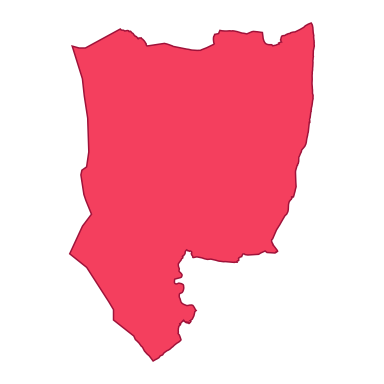 outline of Lardal nor, Vestfold, Norway
{"feature_id": "86288312B65045037066100", "entity_name": "Lardal nor", "entity_type": "district", "adm_level": 2, "iso_a3": "NOR", "parent_name": "Norway", "parent_adm1": "Vestfold", "projection": "mercator", "projection_center": [9.915, 59.364], "detail": "fine", "context": "isolated", "style": "filled", "palette": "rose", "viewbox_px": 384, "rotation_deg": 0, "n_neighbors": 0, "source": "geoboundaries", "source_scale": "gbopen_adm2", "svg_char_len": 5822}
<svg xmlns="http://www.w3.org/2000/svg" viewBox="0 0 384 384"><path d="M275.0,253.0L275.9,252.5L275.7,252.3L275.8,252.1L277.5,251.5L277.6,251.4L277.4,250.6L276.9,249.9L273.4,245.3L272.9,244.9L273.1,244.5L272.2,242.8L272.0,242.6L271.7,241.5L271.6,240.9L271.7,239.7L272.6,238.9L276.5,229.9L278.5,226.7L279.6,225.0L281.5,221.6L284.9,215.8L286.7,214.1L287.9,211.6L288.3,209.5L288.5,204.6L289.0,202.3L289.6,201.1L289.8,200.9L290.6,199.8L291.2,199.4L291.6,198.6L291.9,198.2L292.0,197.8L291.6,197.1L291.6,196.9L292.3,196.8L293.0,197.1L293.5,196.8L293.6,196.5L293.6,196.0L293.9,195.5L294.5,193.1L295.0,191.4L295.4,189.4L296.1,186.8L295.8,182.0L295.5,172.7L295.5,171.8L295.6,170.7L297.0,165.8L297.5,165.3L297.5,164.4L298.2,163.6L298.7,161.3L298.8,157.3L299.5,155.9L300.4,153.6L301.2,152.1L301.5,151.0L301.6,150.1L304.8,146.3L305.9,143.9L306.4,141.8L306.4,141.3L306.8,138.7L307.7,134.8L307.7,134.0L308.2,132.4L308.3,131.8L309.3,122.2L309.8,122.3L309.8,120.7L309.6,119.8L309.6,119.3L309.8,118.6L310.1,117.8L310.8,112.2L311.2,111.4L311.1,110.4L311.4,109.0L311.3,108.3L311.8,106.5L312.2,104.1L312.6,100.7L313.1,98.7L313.0,98.2L313.1,95.4L312.8,94.2L312.5,93.6L312.5,92.9L312.5,91.1L312.5,89.9L312.3,88.2L312.3,87.1L312.1,85.1L312.0,83.2L312.2,79.6L312.1,75.4L312.3,73.1L312.2,72.4L312.6,69.9L312.6,68.2L312.8,66.5L313.0,62.0L312.8,61.0L313.1,59.0L313.1,57.8L313.4,56.6L313.2,55.3L313.3,52.7L313.3,51.9L313.3,50.9L313.9,48.1L314.1,46.9L314.3,46.1L314.1,43.7L314.2,42.6L314.1,42.2L314.1,41.5L314.1,40.7L313.9,40.0L313.7,37.6L313.6,37.1L313.7,36.2L313.8,35.9L313.7,35.3L313.7,35.1L313.5,34.3L313.2,32.4L312.8,27.1L312.5,26.2L312.5,25.8L312.4,25.3L312.1,24.5L311.2,23.0L308.3,24.1L305.3,25.8L303.9,27.2L303.3,27.6L300.0,29.5L295.1,31.9L293.1,32.1L291.1,32.6L290.4,32.9L290.2,33.4L288.1,33.7L287.7,33.9L287.2,34.4L286.5,34.3L285.3,35.2L284.2,35.6L283.1,35.6L281.8,36.1L281.5,36.6L281.0,38.2L280.9,39.1L280.6,39.6L280.6,40.1L280.9,40.4L281.0,41.2L281.5,42.0L280.6,42.2L278.7,43.0L279.1,43.9L277.5,44.4L275.8,45.2L273.1,45.7L272.5,45.7L272.4,45.5L272.2,45.1L271.5,44.7L268.8,44.7L267.0,44.3L266.3,44.0L265.5,43.4L264.7,42.5L263.9,41.0L263.3,39.0L263.1,38.2L263.0,37.0L262.4,32.5L257.5,31.8L253.4,31.4L251.9,31.7L246.8,33.9L244.1,33.3L242.1,33.1L237.1,31.6L234.2,31.0L232.6,30.8L231.8,31.0L229.6,30.8L227.0,31.0L224.7,31.0L222.1,30.8L219.9,30.4L218.6,33.5L218.1,33.7L214.6,34.4L214.5,35.5L213.8,36.2L213.5,37.5L213.4,39.3L213.5,40.2L213.5,40.7L213.7,42.0L213.8,42.8L214.2,43.7L213.9,44.1L213.6,44.4L206.8,47.7L201.2,49.9L200.7,50.3L197.1,50.4L192.4,50.1L190.9,49.9L188.9,49.4L186.7,49.1L173.2,46.4L172.1,45.8L167.3,44.1L164.4,43.4L147.1,46.0L146.2,44.9L146.1,44.7L146.2,44.2L146.1,43.6L145.6,43.1L145.4,42.6L144.4,41.1L142.8,39.4L141.7,38.6L141.1,37.8L140.1,38.1L139.1,37.9L138.8,38.0L138.5,38.3L138.5,38.7L138.3,38.8L138.0,38.7L137.7,38.5L137.4,37.8L136.5,36.7L136.2,36.5L135.3,36.4L135.1,36.3L134.8,35.5L134.1,35.1L133.3,33.8L132.8,33.3L132.0,32.9L130.6,31.3L130.0,31.3L129.7,31.6L128.9,31.5L128.7,31.3L128.7,30.9L128.5,30.7L127.3,30.5L126.4,30.7L124.8,31.0L123.5,30.2L122.6,30.2L121.2,30.0L120.3,29.0L85.4,48.0L79.1,48.0L72.2,46.1L82.4,78.7L84.3,96.0L87.7,118.2L88.8,151.9L86.6,166.9L81.9,170.2L80.9,174.9L83.9,194.5L85.8,200.2L91.5,214.2L82.5,226.1L69.7,253.8L86.7,267.4L108.9,301.9L113.5,309.6L113.5,320.0L133.8,336.0L135.4,339.6L136.6,340.6L139.0,343.0L141.3,346.2L142.2,346.9L142.6,347.4L144.4,350.9L147.0,353.9L149.3,355.9L153.1,361.0L156.2,359.2L156.6,359.1L158.9,357.7L160.3,355.8L162.2,355.1L162.8,354.7L163.6,353.3L164.9,352.2L167.0,350.7L168.2,350.2L170.0,349.1L171.8,347.4L172.7,346.8L174.3,345.2L176.7,343.3L179.0,341.9L180.0,341.0L180.7,340.4L181.0,339.7L180.0,336.7L179.3,335.0L178.1,333.5L178.4,332.1L178.3,331.5L178.2,330.6L178.3,329.8L178.4,328.3L178.7,327.3L178.7,326.8L178.7,326.5L180.4,324.7L179.7,324.2L179.7,323.7L180.3,323.8L183.0,320.7L183.0,320.9L183.2,321.1L183.7,321.0L184.1,320.7L184.2,320.9L184.6,321.5L185.9,322.5L186.4,322.7L186.9,322.8L186.8,322.5L186.6,322.1L187.6,322.3L188.2,322.2L188.4,322.4L188.4,322.9L188.5,323.1L189.0,323.5L189.3,323.3L189.3,323.0L189.3,322.9L190.2,322.5L190.5,321.9L190.9,321.5L190.9,321.3L190.4,320.8L190.7,320.8L190.6,320.4L192.3,319.1L193.9,315.8L194.9,311.5L196.2,310.5L195.4,309.6L194.3,307.5L193.4,306.1L192.8,305.4L191.7,305.0L189.7,305.1L188.4,305.4L186.8,305.6L183.6,304.3L181.8,303.1L180.9,301.8L180.1,298.9L179.4,297.4L179.2,296.2L179.3,294.8L179.4,294.1L179.6,293.7L180.1,293.4L181.6,292.8L182.2,292.4L182.9,291.4L183.5,289.7L183.8,288.0L183.6,286.0L183.5,285.3L183.2,284.7L181.6,283.7L178.8,283.1L176.8,283.9L175.8,283.9L175.2,283.6L174.7,283.2L174.5,282.6L174.4,282.2L174.6,279.4L174.8,279.1L180.5,277.6L181.4,277.1L181.7,276.6L182.1,275.1L181.9,274.4L180.8,273.0L179.9,272.2L179.0,271.1L179.3,268.8L178.5,266.6L178.3,265.1L178.3,263.9L179.9,261.5L180.9,260.4L181.6,258.8L182.7,258.0L182.8,257.8L182.8,257.4L182.7,257.0L182.4,256.6L182.6,256.1L182.8,256.0L183.2,255.9L183.5,255.8L185.0,253.7L185.2,252.2L185.4,251.4L185.8,250.8L186.6,249.8L186.9,249.9L187.8,250.8L188.5,250.7L189.3,251.3L189.8,251.0L190.2,251.0L190.9,251.2L191.6,251.9L191.7,252.6L191.7,252.9L191.5,253.0L191.4,253.3L191.3,253.8L191.6,254.1L191.6,254.5L191.8,255.0L192.7,256.3L192.8,257.0L192.8,257.3L193.0,257.5L193.8,257.5L196.4,256.9L197.1,256.9L202.1,257.9L204.3,258.7L207.5,259.4L210.9,259.1L211.3,259.2L215.7,260.2L218.4,261.0L219.7,261.2L220.7,261.3L223.4,261.7L225.3,261.6L227.5,261.8L234.3,262.4L234.4,262.2L235.8,262.2L237.1,262.2L237.0,261.9L236.9,261.6L237.5,260.9L238.4,260.7L238.8,260.3L238.8,260.1L238.7,259.5L238.5,258.5L238.7,258.1L238.9,257.8L239.6,257.7L240.1,257.0L241.7,256.6L242.0,255.6L242.9,254.0L244.0,253.9L244.4,254.0L245.1,254.6L247.8,255.0L258.7,254.3L260.0,253.4L261.1,252.8L265.1,251.0L267.0,252.5L275.0,253.0Z" fill="#f43f5e" stroke="#9f1239" stroke-width="1.5"/></svg>